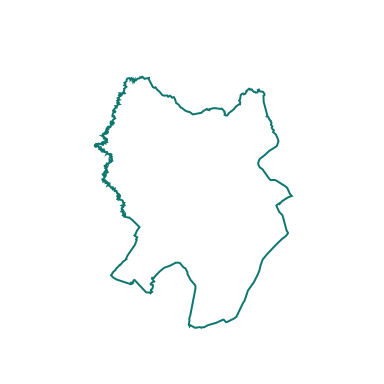 outline of Non Sung, Nakhon Ratchasima, Thailand, rotated 150°
{"feature_id": "78962969B78904215170305", "entity_name": "Non Sung", "entity_type": "district", "adm_level": 2, "iso_a3": "THA", "parent_name": "Thailand", "parent_adm1": "Nakhon Ratchasima", "projection": "albers", "projection_center": [102.297, 15.207], "detail": "fine", "context": "isolated", "style": "outline", "palette": "teal", "viewbox_px": 384, "rotation_deg": 150, "n_neighbors": 0, "source": "geoboundaries", "source_scale": "gbopen_adm2", "svg_char_len": 6095}
<svg xmlns="http://www.w3.org/2000/svg" viewBox="0 0 384 384"><g transform="rotate(150 192 192)"><path d="M263.0,246.5L263.6,245.4L262.7,245.3L262.1,246.1L261.7,246.0L262.1,244.3L261.6,244.2L261.2,244.7L260.7,243.4L261.7,243.6L262.3,242.9L260.7,242.1L260.2,241.4L261.8,240.0L260.5,240.1L259.6,240.9L259.2,240.7L260.5,238.4L259.8,237.3L260.0,236.4L258.2,235.6L258.4,235.1L259.3,234.6L259.4,233.9L257.2,233.5L258.5,231.8L258.3,231.2L256.9,230.7L257.5,228.5L256.5,227.3L256.2,225.0L257.1,224.8L257.6,225.4L257.5,226.4L258.1,226.4L258.8,225.8L259.0,224.0L258.6,223.8L257.5,224.5L257.0,223.8L258.9,222.5L259.8,223.5L260.2,223.2L259.7,222.1L258.2,221.6L256.5,219.5L256.4,218.5L257.1,217.3L256.1,216.5L256.7,216.1L257.1,214.1L258.0,214.1L258.7,215.3L259.7,215.4L259.0,214.0L259.3,213.2L261.1,213.1L261.6,211.9L260.9,210.8L262.8,210.3L262.2,209.7L261.1,209.9L260.9,208.8L262.6,207.6L262.6,206.7L263.4,206.3L262.8,205.7L261.1,206.2L261.8,204.9L263.1,205.0L263.1,204.7L259.8,201.5L259.2,201.4L257.6,197.3L255.0,187.9L259.4,185.8L261.9,183.8L263.6,183.1L262.1,180.2L264.0,179.1L263.8,178.2L266.5,175.9L268.1,174.7L279.6,169.2L282.3,167.3L282.3,166.6L286.7,166.1L290.6,164.7L290.8,165.0L296.7,163.3L297.2,162.7L299.8,162.3L303.8,160.3L302.7,156.6L300.8,153.6L291.6,143.3L290.7,143.7L290.8,142.7L289.6,142.5L289.1,143.4L288.2,143.0L288.1,143.5L286.8,144.7L285.7,144.4L281.9,128.1L280.2,126.8L278.8,126.2L278.7,125.1L276.4,125.5L276.9,126.8L276.4,127.9L274.6,128.1L272.7,130.2L272.5,131.4L273.8,132.2L273.8,133.0L271.8,133.7L269.5,133.4L270.0,137.1L269.4,137.6L267.9,136.6L267.3,137.1L259.5,139.4L254.0,140.3L248.2,139.2L241.3,138.9L239.1,137.6L237.9,136.3L237.1,131.2L235.9,129.2L236.1,124.6L236.9,123.4L237.2,116.6L235.9,110.1L236.1,108.8L237.5,106.4L255.2,86.0L257.8,83.6L258.4,82.0L261.3,78.5L260.9,77.6L261.1,76.9L260.0,77.4L257.2,72.8L252.8,71.1L251.7,69.7L251.0,69.8L249.0,68.8L244.7,68.7L236.5,66.6L228.9,65.9L228.4,65.6L227.6,62.3L227.0,61.9L219.0,61.4L216.0,61.7L203.1,70.5L201.2,71.3L192.8,78.7L183.4,83.0L176.1,87.8L172.8,90.4L169.4,94.1L164.7,98.1L158.7,100.4L146.1,104.2L137.2,106.4L133.1,106.8L129.6,108.2L129.3,108.8L129.3,111.5L125.3,126.4L126.4,131.3L125.8,137.9L125.2,138.3L122.8,138.5L122.1,138.5L122.1,137.9L118.6,139.0L114.6,139.2L111.4,139.3L107.5,138.7L108.1,141.4L107.5,147.9L108.1,149.9L113.1,159.4L114.3,161.1L117.8,162.9L118.5,164.7L119.6,176.6L121.0,179.5L120.9,182.4L120.0,184.3L117.0,186.7L111.2,187.5L104.3,189.0L95.7,189.3L91.9,192.5L91.2,194.5L90.6,199.7L91.8,203.5L90.2,204.5L90.9,206.5L90.8,207.8L89.6,208.6L90.0,210.7L88.6,212.1L88.6,214.1L88.2,214.4L88.7,216.0L88.5,219.0L89.5,220.1L88.4,221.0L84.8,234.4L82.0,239.6L80.8,239.7L80.2,240.8L80.4,243.2L83.0,245.4L82.9,247.3L84.0,247.4L84.2,246.3L85.7,245.6L87.1,246.2L87.3,246.9L88.3,247.7L89.0,249.8L88.8,250.7L89.3,251.2L90.5,251.5L90.4,252.2L90.8,252.9L94.3,252.3L94.5,251.6L95.2,251.6L96.6,250.5L98.2,250.6L98.3,251.6L99.6,252.0L101.3,251.6L104.2,248.1L105.5,247.5L105.3,245.7L106.6,243.9L107.7,244.4L111.5,244.0L114.4,242.7L120.6,241.9L123.3,240.7L124.4,241.3L125.2,242.6L124.0,243.8L124.1,245.0L123.6,245.4L124.5,249.3L126.1,249.9L129.7,252.8L131.9,254.0L135.5,255.0L136.0,254.2L137.5,255.5L137.6,256.5L141.5,256.5L144.3,255.9L152.4,258.7L154.2,262.8L155.1,263.2L157.1,265.7L158.6,269.6L159.7,271.2L159.9,274.4L161.2,277.0L160.3,280.8L160.3,283.3L162.0,283.6L162.8,286.3L165.0,286.4L165.1,287.9L168.0,289.4L169.3,290.9L169.9,294.8L171.1,298.5L171.3,301.0L172.7,301.2L173.4,302.5L173.0,311.3L172.2,312.3L176.6,313.8L176.8,315.5L177.3,315.7L177.6,316.8L178.6,316.9L178.6,317.3L178.9,316.7L179.4,317.2L179.7,316.8L180.8,316.7L182.5,317.4L184.5,316.8L185.0,317.4L186.1,316.8L185.4,318.0L187.0,317.4L186.5,318.0L187.0,318.1L186.3,318.5L186.5,319.1L187.2,318.9L186.9,319.6L187.4,319.5L187.5,320.2L188.3,320.0L188.1,320.4L189.0,320.1L188.7,320.6L189.2,320.9L189.1,321.9L191.3,322.6L192.6,321.8L193.4,320.6L196.0,320.3L195.7,318.7L197.3,318.2L196.7,317.4L196.2,315.9L199.3,315.3L199.4,314.5L201.3,312.7L200.9,311.2L201.6,311.3L202.5,312.5L204.4,311.3L204.9,312.1L204.6,313.2L205.4,313.8L205.8,312.8L206.8,312.3L205.8,310.9L207.3,310.8L208.2,310.2L209.4,310.5L209.6,310.0L208.6,308.1L211.0,308.3L210.7,306.6L211.8,306.9L212.2,306.6L211.0,304.3L212.7,304.8L213.9,303.9L215.3,304.6L215.2,302.8L216.7,303.0L219.7,301.9L219.8,301.3L218.3,300.7L218.2,300.0L218.7,299.7L220.2,300.0L221.9,299.0L222.2,298.1L223.1,297.5L223.0,297.1L221.5,296.6L221.5,296.0L222.1,295.5L221.8,294.2L224.2,294.0L225.8,293.0L227.0,293.5L227.1,292.7L225.2,291.6L225.1,290.9L226.9,290.2L227.2,291.3L228.2,291.9L228.3,290.6L230.1,289.1L230.6,289.2L230.9,290.1L232.3,290.5L232.8,290.2L232.5,289.3L234.2,289.6L234.3,289.2L233.4,288.1L233.9,287.9L235.2,288.6L235.6,288.4L235.5,287.7L236.4,286.8L234.9,286.0L235.9,285.2L236.9,285.8L237.2,287.2L238.0,287.0L238.1,285.7L239.8,286.9L240.4,286.6L240.6,284.8L241.8,285.5L240.7,283.5L241.6,282.4L240.3,281.6L241.1,280.3L240.0,280.5L239.7,281.3L239.2,280.3L239.6,279.3L241.0,279.2L240.8,277.8L242.1,278.4L242.7,277.3L243.6,278.2L243.4,279.0L243.8,279.8L245.5,279.8L246.0,279.3L245.1,277.9L245.5,277.4L248.9,280.8L250.1,280.8L250.9,281.4L251.6,280.1L252.0,280.4L252.0,281.3L252.6,281.2L253.2,280.3L252.8,279.3L252.0,278.9L250.4,279.5L250.0,278.8L250.3,277.3L248.9,276.6L249.4,276.0L250.8,275.5L250.5,275.1L248.9,275.4L249.1,274.2L249.9,273.9L249.9,273.5L249.3,273.3L248.7,273.9L248.3,273.7L249.6,272.0L248.9,271.6L247.2,272.4L247.3,271.3L248.4,271.1L247.3,270.0L245.6,269.1L245.8,268.4L246.8,267.7L245.7,267.8L245.6,266.5L244.3,266.0L244.6,265.0L243.4,265.5L243.0,264.8L244.1,263.8L243.9,262.7L245.5,262.6L244.7,261.2L245.5,258.9L246.5,259.4L247.3,261.2L247.9,260.1L246.9,259.1L247.2,258.5L249.4,258.6L250.6,258.1L251.3,259.2L253.3,258.2L254.6,258.3L254.7,257.8L254.3,257.2L252.5,256.5L253.9,255.6L255.2,255.8L254.8,253.9L256.5,253.5L256.4,253.1L255.1,253.1L255.1,251.3L256.0,251.2L257.3,252.8L258.2,252.9L259.3,251.8L259.0,251.0L257.9,250.3L258.3,249.6L259.9,250.7L260.0,251.8L260.5,251.9L260.3,249.7L259.7,248.7L261.7,247.8L263.3,247.8L263.5,247.4L263.0,246.5Z" fill="none" stroke="#0f766e" stroke-width="2"/></g></svg>